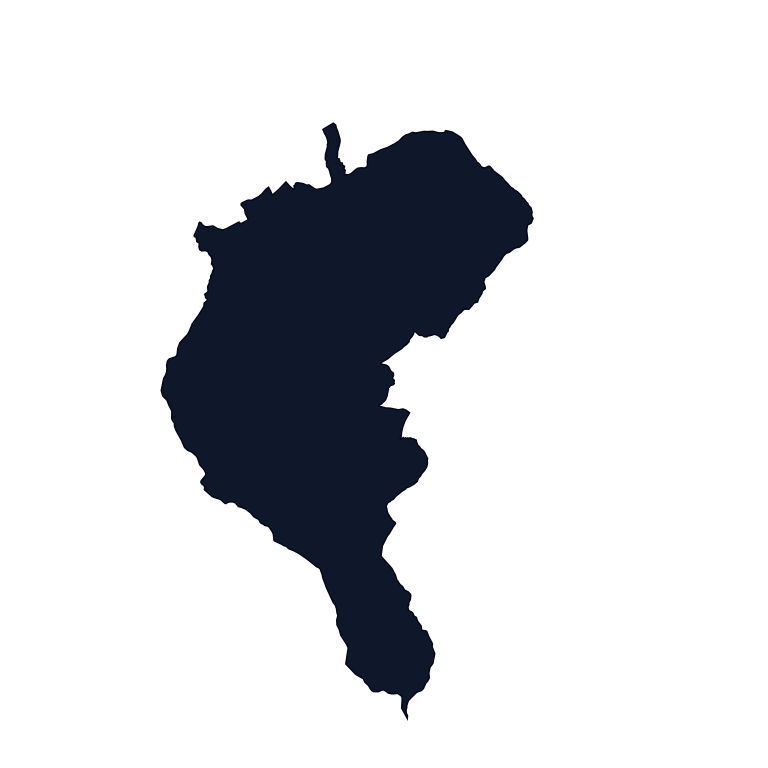 outline of Ciucea, Cluj, Romania, rotated 313°
{"feature_id": "2599482B63586839383412", "entity_name": "Ciucea", "entity_type": "district", "adm_level": 2, "iso_a3": "ROU", "parent_name": "Romania", "parent_adm1": "Cluj", "projection": "equal_earth", "projection_center": [22.834, 46.944], "detail": "fine", "context": "isolated", "style": "filled", "palette": "ink", "viewbox_px": 768, "rotation_deg": 313, "n_neighbors": 0, "source": "geoboundaries", "source_scale": "gbopen_adm2", "svg_char_len": 6171}
<svg xmlns="http://www.w3.org/2000/svg" viewBox="0 0 768 768"><g transform="rotate(313 384 384)"><path d="M606.8,380.0L607.2,378.5L608.6,376.3L610.5,375.3L613.0,371.6L613.2,367.9L614.2,365.7L614.1,364.2L614.9,360.0L614.6,357.6L615.4,356.2L615.6,353.4L615.6,350.3L614.8,346.8L614.9,344.8L614.3,342.6L614.8,338.8L615.0,333.4L615.7,329.8L614.6,318.9L615.3,314.0L615.0,312.4L614.4,311.8L611.6,310.8L610.3,309.9L609.1,307.2L610.0,303.3L609.7,300.7L610.7,296.9L611.1,292.6L614.5,279.3L616.6,273.6L616.6,270.9L614.8,262.2L611.5,256.4L610.7,256.3L609.3,257.0L606.2,254.1L604.9,252.6L602.2,247.5L597.8,243.2L596.0,241.0L589.4,236.2L587.5,233.3L583.6,231.7L581.2,230.2L577.1,229.3L572.4,229.3L567.0,228.0L559.3,225.3L553.4,222.1L545.0,219.2L541.1,216.6L539.9,216.9L535.6,219.9L532.7,222.7L530.9,223.4L528.6,222.4L526.3,219.6L523.9,217.7L521.8,217.1L515.5,216.5L513.2,215.6L511.5,214.0L510.6,212.2L511.0,211.7L513.8,209.9L514.0,207.9L516.3,206.7L515.8,204.7L517.1,202.5L516.2,201.5L516.2,200.7L518.0,197.5L517.2,196.2L517.3,195.8L522.6,191.4L529.1,187.9L531.6,186.3L533.2,184.5L537.1,178.0L538.8,174.3L540.4,172.1L540.2,169.1L528.6,165.7L526.9,169.2L525.5,173.7L523.2,177.3L521.9,178.7L520.2,179.5L519.3,180.7L511.6,184.9L508.5,187.6L507.5,190.5L506.2,191.3L503.9,193.8L504.0,196.3L502.7,199.1L500.6,202.2L498.8,205.6L496.6,207.8L495.0,208.5L493.1,208.7L486.2,206.3L480.5,202.2L479.4,200.0L478.5,193.4L476.5,191.6L475.4,188.2L472.1,183.3L470.4,182.5L468.5,183.9L468.3,183.1L467.6,183.0L465.8,185.3L464.9,185.0L464.4,183.2L464.4,179.2L464.9,174.5L454.5,174.4L446.4,173.5L446.3,172.6L447.9,169.2L449.1,165.4L445.7,164.8L439.9,165.1L435.3,164.5L428.0,161.8L426.1,159.5L424.9,158.7L420.1,156.8L418.4,156.6L417.4,157.5L417.0,162.7L414.1,166.3L412.0,172.2L410.8,172.4L403.7,170.1L403.3,169.3L403.7,167.8L403.1,167.3L390.0,162.8L386.7,161.0L383.9,155.9L383.3,152.3L382.7,150.9L378.5,147.6L376.9,145.7L376.6,142.4L377.1,140.4L376.6,138.9L375.7,138.9L372.5,140.6L362.8,144.1L362.6,145.0L363.3,146.5L360.5,150.0L361.1,152.7L358.3,155.0L357.2,156.5L356.6,157.9L357.0,159.9L359.5,162.1L360.8,164.6L359.4,168.0L359.3,170.9L357.5,173.7L354.1,176.1L353.9,178.2L352.2,181.1L349.7,181.7L347.6,183.0L344.8,183.6L342.9,185.4L340.8,185.6L338.9,187.3L335.3,188.5L334.3,189.2L332.0,192.0L330.6,192.3L327.6,191.7L327.0,192.2L326.8,193.1L325.7,194.3L325.4,195.4L325.6,196.9L324.8,197.8L320.6,197.3L317.8,199.5L307.5,201.5L297.4,202.7L290.3,205.5L286.6,206.5L274.8,206.6L269.5,208.9L264.9,212.3L263.1,213.1L261.0,212.7L256.1,209.9L253.9,209.9L252.4,210.4L249.2,212.5L247.1,214.9L244.5,216.9L241.5,218.2L237.8,219.1L227.4,225.5L224.9,229.4L224.3,230.9L224.2,236.3L222.0,240.7L219.5,247.4L214.0,252.3L213.0,254.5L212.6,257.2L210.1,259.8L208.2,263.6L204.8,274.2L201.6,281.3L201.6,285.7L203.0,289.4L203.3,292.0L203.3,296.4L202.5,298.5L199.2,304.5L198.8,310.0L197.4,314.3L195.6,315.8L188.3,316.4L187.4,316.9L186.6,318.7L186.9,321.0L186.6,322.6L185.8,323.6L184.2,324.7L184.5,334.7L185.0,336.6L188.2,343.3L188.2,349.1L188.9,350.0L190.9,350.5L192.7,351.6L194.7,353.8L195.7,356.5L195.1,361.0L196.6,363.8L198.3,368.5L198.8,374.4L198.2,379.5L199.5,384.8L198.4,387.9L198.4,389.3L199.2,391.5L199.2,393.1L200.9,396.0L201.0,397.9L199.8,403.0L198.8,405.4L195.0,409.7L194.5,410.8L196.9,418.0L197.6,421.2L198.7,423.1L198.6,426.6L200.7,432.1L202.1,437.3L203.6,448.1L204.4,459.3L205.2,461.6L205.3,463.3L202.5,468.7L200.3,471.9L195.7,481.1L189.5,496.1L189.2,498.9L187.4,502.4L184.5,505.9L183.2,508.2L179.2,510.4L175.8,513.9L174.0,518.7L170.8,523.8L168.0,534.5L166.6,537.8L153.2,547.0L152.4,560.3L152.7,563.0L154.4,569.9L152.9,573.5L152.9,578.3L151.7,582.2L151.4,584.5L152.1,586.4L155.2,589.8L158.6,591.0L160.2,592.6L161.0,598.0L162.2,600.2L164.1,602.4L167.0,604.9L167.7,609.1L167.3,610.6L166.1,612.1L159.0,618.0L155.3,629.1L157.4,627.4L158.4,624.9L160.3,622.7L163.2,621.0L164.0,620.1L169.1,617.7L180.1,618.1L182.0,618.6L185.2,620.4L188.2,620.5L193.5,618.6L196.6,618.5L199.9,617.5L203.2,613.9L208.0,610.9L213.2,610.2L221.5,604.9L224.5,598.6L227.1,596.6L229.9,588.6L232.2,583.9L231.9,582.7L229.5,579.6L232.3,576.3L233.5,570.0L235.3,566.9L234.7,564.4L236.1,561.2L236.0,559.5L235.3,557.5L235.5,556.0L237.3,553.4L239.6,552.6L240.7,551.3L244.2,550.3L247.6,547.8L248.3,546.6L248.4,543.2L247.3,539.7L248.5,535.9L248.3,532.0L249.3,528.6L249.3,527.3L252.1,522.4L254.5,515.5L255.9,500.2L256.6,498.8L264.7,493.1L274.9,490.1L278.6,489.8L285.8,488.1L289.7,487.7L290.3,486.8L289.9,482.5L290.6,481.4L290.6,480.3L291.9,475.5L293.1,472.9L294.4,471.6L295.6,469.2L297.0,468.5L300.1,467.7L302.2,468.6L304.3,468.6L305.7,469.4L309.9,469.2L317.7,470.2L321.6,471.3L323.4,471.2L326.2,472.7L331.1,474.2L335.5,474.7L338.4,473.4L341.4,473.4L344.4,472.7L348.1,472.6L352.4,471.8L355.6,469.9L357.9,467.4L359.2,466.7L361.8,459.8L362.1,457.5L361.7,454.5L362.2,453.4L362.3,450.3L364.1,446.7L364.9,445.9L364.1,443.2L363.1,442.0L362.8,440.3L361.8,439.9L361.6,439.1L360.7,438.8L360.5,438.0L359.6,437.7L359.2,436.3L358.0,436.4L357.4,435.1L357.9,434.7L357.7,434.6L355.4,434.1L354.8,433.6L356.6,432.8L361.5,429.2L365.6,426.9L371.5,424.4L380.4,422.3L379.8,417.6L378.6,414.8L375.0,412.2L370.7,405.3L367.5,401.4L364.2,395.0L365.0,394.5L367.5,395.7L373.4,395.9L377.5,394.3L382.1,391.4L384.0,389.7L385.3,390.0L387.2,389.7L389.8,391.2L391.4,391.2L392.0,390.1L393.6,389.1L393.9,386.3L397.1,384.9L398.3,383.3L398.1,380.1L399.6,375.9L399.7,374.5L399.3,372.7L396.8,368.5L397.0,367.1L404.6,369.4L413.5,370.6L422.2,372.8L424.9,372.8L428.0,373.5L431.7,373.5L434.1,372.2L438.6,372.0L441.4,371.1L443.0,370.0L443.7,371.5L443.6,376.0L444.2,377.3L445.6,378.6L446.0,381.2L447.8,383.2L449.5,383.6L451.7,385.3L454.7,386.9L456.1,389.6L456.6,392.2L456.4,394.6L459.3,396.4L465.0,394.6L466.1,394.9L469.0,393.1L470.6,393.2L472.6,392.5L476.3,392.6L484.5,390.8L489.0,391.5L492.2,391.5L492.2,391.1L494.1,392.3L496.5,395.1L504.8,394.7L507.8,396.5L511.5,394.8L516.6,393.9L519.4,392.5L522.8,393.0L524.3,391.3L526.7,387.2L530.7,385.4L534.4,386.6L543.3,386.7L544.7,386.1L555.2,384.9L559.1,384.1L563.0,384.2L565.9,385.8L571.2,386.6L573.7,387.7L576.6,389.7L583.7,390.8L587.0,390.8L588.2,389.9L593.6,383.6L598.1,380.6L602.1,381.9L606.8,380.0Z" fill="#0f172a" stroke="#020617" stroke-width="1.5"/></g></svg>